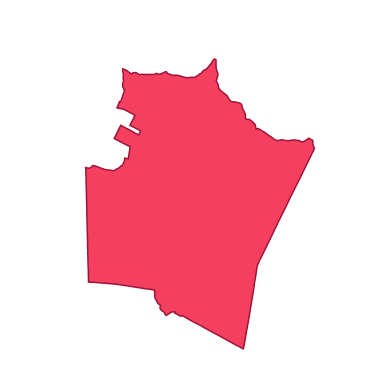 Khlong Sam Wa, Bangkok Metropolis, Thailand (Mercator projection), rotated 118°
{"feature_id": "78962969B63741991281097", "entity_name": "Khlong Sam Wa", "entity_type": "district", "adm_level": 2, "iso_a3": "THA", "parent_name": "Thailand", "parent_adm1": "Bangkok Metropolis", "projection": "mercator", "projection_center": [100.726, 13.873], "detail": "fine", "context": "isolated", "style": "filled", "palette": "rose", "viewbox_px": 384, "rotation_deg": 118, "n_neighbors": 0, "source": "geoboundaries", "source_scale": "gbopen_adm2", "svg_char_len": 5954}
<svg xmlns="http://www.w3.org/2000/svg" viewBox="0 0 384 384"><g transform="rotate(118 192 192)"><path d="M73.8,226.5L72.9,227.3L71.7,228.5L70.4,229.4L69.9,229.7L66.0,231.8L64.0,232.9L63.9,233.1L64.0,234.5L64.3,234.9L64.8,235.0L66.9,235.3L69.0,235.3L71.3,235.8L71.9,235.9L74.9,236.5L76.0,236.8L76.9,237.2L77.6,237.6L79.3,238.9L79.8,239.1L82.0,239.4L82.8,239.7L83.6,240.2L83.9,240.5L84.9,240.9L85.5,241.2L87.1,242.0L88.5,242.9L89.9,244.0L90.0,244.3L90.5,245.5L90.8,246.0L91.4,247.0L92.1,248.0L93.3,249.9L94.0,251.5L94.1,252.1L94.4,253.1L94.8,254.6L95.0,257.1L95.6,258.7L95.8,259.4L95.8,259.8L96.6,261.5L97.8,263.4L98.2,264.9L98.4,266.7L98.9,269.0L98.8,269.5L98.4,270.0L97.9,270.9L97.9,271.2L98.1,271.6L98.2,271.9L99.8,273.0L100.0,273.2L101.3,274.2L102.4,275.1L102.7,275.2L102.9,275.7L103.4,276.3L103.7,276.9L103.9,277.7L103.9,278.4L104.0,279.1L104.3,279.5L105.4,280.1L106.0,280.7L106.5,281.7L107.5,283.6L109.8,287.7L111.1,290.4L111.8,291.9L112.4,292.5L112.7,293.1L113.1,294.2L113.1,294.9L112.9,296.7L112.9,297.2L113.2,298.2L113.6,298.9L114.0,299.5L114.6,300.1L116.0,300.7L116.2,301.2L115.9,302.7L115.9,303.2L115.8,303.9L115.6,305.3L115.5,306.0L115.3,307.4L115.6,310.2L115.7,310.9L116.5,310.6L117.4,310.2L120.4,307.8L121.8,307.1L123.2,306.5L124.4,305.8L125.2,305.1L125.7,304.9L126.3,304.6L128.7,304.1L129.3,303.9L130.4,303.3L130.8,303.0L131.2,302.9L131.7,302.5L131.9,302.1L132.1,301.7L132.4,301.1L132.7,300.9L133.2,300.7L133.5,300.3L133.6,300.1L133.5,299.7L133.6,299.3L134.4,299.1L135.8,299.0L137.7,298.7L144.2,297.6L145.9,297.4L146.1,297.5L146.1,298.4L146.3,298.5L146.9,298.3L148.5,298.2L151.2,297.9L152.8,297.8L152.9,297.6L152.8,297.3L152.6,296.1L152.3,295.3L152.2,295.0L151.7,293.6L151.3,292.1L151.1,291.5L151.0,289.4L151.0,283.4L150.9,282.6L151.1,278.4L162.3,278.1L162.2,273.7L162.1,269.5L162.1,268.2L162.3,266.2L166.5,265.8L166.5,266.2L166.6,266.7L166.7,268.2L166.7,270.7L166.5,273.1L166.6,274.1L166.6,274.6L166.6,274.8L166.5,276.8L166.6,279.6L166.6,281.8L166.6,283.5L166.5,284.7L166.5,285.9L166.5,286.2L167.0,286.2L177.6,285.9L180.4,285.9L181.3,285.9L181.3,278.4L181.2,273.6L181.1,267.9L192.7,263.8L193.5,267.2L195.8,266.4L196.0,266.3L196.2,266.2L196.6,266.3L197.2,266.2L198.6,266.1L200.9,266.1L201.6,266.0L201.9,266.7L202.4,267.0L204.0,267.4L205.0,267.8L205.7,268.2L207.1,269.3L208.1,270.0L208.5,270.1L209.4,270.5L209.7,270.8L210.0,271.4L210.5,272.8L211.4,275.1L212.0,276.6L212.6,277.9L212.8,278.7L213.0,279.8L213.7,283.8L213.9,285.8L214.2,287.5L214.3,289.1L214.5,289.9L215.1,291.9L215.3,292.1L215.6,292.3L217.2,292.6L217.6,292.7L218.6,293.3L219.0,293.6L219.2,293.8L219.6,294.9L219.9,295.6L220.1,296.2L220.1,297.0L220.1,297.3L220.3,297.4L221.9,296.4L225.9,294.1L229.4,292.0L232.0,290.7L233.8,289.7L243.2,284.3L244.5,283.7L245.6,283.0L247.3,282.1L247.5,281.9L252.1,279.4L254.7,277.8L256.7,276.8L258.9,275.5L261.6,274.1L264.9,272.2L265.3,272.0L267.1,271.0L268.1,270.3L270.4,269.1L270.9,268.8L272.0,268.2L274.4,266.9L275.5,266.2L278.3,264.7L279.5,263.9L282.3,262.4L285.5,260.5L285.9,260.4L288.4,259.0L290.3,258.0L292.0,256.9L295.4,255.1L296.9,254.1L300.6,252.2L301.7,251.4L303.5,250.5L305.2,249.5L309.1,247.2L309.7,246.8L313.5,244.8L315.5,243.6L318.7,241.9L319.9,241.1L320.1,241.1L319.8,240.3L319.6,239.7L319.4,239.5L318.8,238.2L318.3,237.3L317.1,234.6L315.3,230.3L312.9,224.9L310.9,220.1L308.7,214.7L307.6,211.7L299.1,187.3L297.7,183.6L296.7,180.5L296.2,178.6L297.1,178.3L297.9,178.2L298.3,178.1L298.5,177.9L299.1,177.1L299.5,176.7L301.4,176.1L301.6,176.0L303.2,174.7L305.2,171.4L306.0,170.5L306.2,170.2L306.4,169.7L306.6,168.5L306.8,167.0L306.8,166.9L307.0,166.7L307.3,166.5L307.8,166.3L308.7,166.1L309.2,166.0L309.7,165.5L310.4,164.5L310.7,163.9L310.9,163.4L311.2,160.6L311.3,160.3L311.5,159.8L312.0,159.2L312.7,158.3L313.1,156.9L312.6,156.5L312.1,156.2L310.5,155.4L309.6,154.8L308.1,154.0L306.7,152.6L306.3,151.8L306.0,151.1L306.0,150.9L305.9,150.6L306.0,150.2L307.0,150.4L307.0,146.8L307.0,143.8L307.0,143.6L306.9,143.4L306.7,143.3L306.1,143.2L305.9,143.1L305.8,142.7L305.8,142.1L305.8,139.5L306.0,134.6L306.0,132.2L306.1,129.8L305.9,122.8L306.1,116.1L306.2,109.2L306.2,98.9L306.3,95.7L306.4,87.5L306.4,86.4L306.5,81.8L306.4,79.9L306.5,73.2L306.0,73.1L305.5,73.1L305.1,73.3L304.9,73.5L304.3,73.7L304.0,73.7L281.5,81.0L280.6,81.2L259.1,88.5L255.3,89.7L245.3,93.2L241.3,94.7L236.0,96.4L226.8,99.7L225.4,99.9L222.4,100.0L220.1,100.3L218.0,100.2L217.0,100.2L194.5,101.0L179.0,101.7L159.7,102.2L158.0,102.3L150.0,102.7L143.3,102.8L127.7,103.2L114.3,103.7L108.6,103.8L102.1,104.1L96.1,104.2L95.8,104.7L94.4,106.4L93.4,107.4L92.3,108.2L91.5,108.5L90.9,108.8L90.4,109.3L89.9,109.5L89.8,109.8L89.6,110.1L89.8,111.3L89.7,112.3L89.6,113.0L89.5,113.9L89.7,114.2L90.0,114.4L92.6,115.6L93.7,116.2L94.9,117.1L95.8,118.0L96.1,118.4L96.4,119.0L96.2,120.4L96.3,121.6L97.7,125.4L98.6,127.0L99.6,128.5L100.1,129.3L100.9,130.2L101.2,130.6L102.7,133.9L103.0,135.0L103.3,136.3L103.6,136.9L103.8,137.3L105.6,139.4L106.0,139.9L106.3,140.6L106.7,141.5L106.9,142.2L106.9,143.5L106.8,144.5L106.1,148.5L106.0,150.7L105.9,151.5L105.7,152.5L105.4,154.4L105.1,156.6L105.1,158.4L105.0,159.9L104.9,161.6L104.9,162.8L105.1,163.7L105.4,164.0L106.1,164.4L106.3,164.7L106.4,164.8L106.1,165.2L104.3,166.6L103.2,167.5L102.8,168.0L102.4,168.9L101.5,172.2L101.2,173.4L101.0,175.2L101.1,175.8L102.1,177.9L102.2,178.7L102.0,179.2L101.8,179.5L101.6,179.6L101.1,179.9L99.6,180.5L98.7,181.1L98.3,181.4L98.2,181.7L97.8,182.0L97.2,182.7L96.6,183.5L95.5,185.3L94.7,186.5L93.9,187.1L93.5,187.5L93.1,187.7L92.2,188.4L91.8,188.8L91.4,189.6L91.2,190.1L91.1,190.9L91.1,191.6L91.2,192.0L91.8,194.7L92.6,197.0L93.4,198.9L93.7,200.5L93.5,201.1L93.3,201.7L92.6,202.7L92.1,203.8L91.3,204.9L90.5,206.4L90.3,207.3L90.0,208.9L89.9,209.7L89.4,212.1L89.3,213.1L89.0,214.4L88.5,215.5L87.3,217.3L86.6,218.3L84.8,219.5L83.8,221.0L83.1,222.1L83.0,222.3L82.0,222.9L79.0,223.4L78.4,223.6L77.5,223.7L76.8,224.0L75.4,224.7L74.7,225.3L74.4,225.6L73.8,226.5Z" fill="#f43f5e" stroke="#9f1239" stroke-width="1.5"/></g></svg>